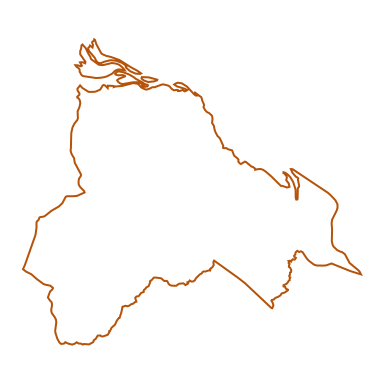 outline of Baribour, Kâmpóng Chhnang, Cambodia
{"feature_id": "14789045B88819802206613", "entity_name": "Baribour", "entity_type": "district", "adm_level": 2, "iso_a3": "KHM", "parent_name": "Cambodia", "parent_adm1": "Kâmpóng Chhnang", "projection": "mercator", "projection_center": [104.462, 12.421], "detail": "fine", "context": "isolated", "style": "outline", "palette": "amber", "viewbox_px": 384, "rotation_deg": 0, "n_neighbors": 0, "source": "geoboundaries", "source_scale": "gbopen_adm2", "svg_char_len": 5805}
<svg xmlns="http://www.w3.org/2000/svg" viewBox="0 0 384 384"><path d="M290.9,169.1L292.3,172.5L293.1,173.5L296.0,176.8L297.7,177.7L298.2,178.3L297.9,179.5L299.2,186.0L299.0,186.8L298.0,187.9L297.8,188.8L297.6,198.9L297.1,199.6L296.2,199.5L295.7,197.6L295.6,189.7L293.2,182.0L290.1,176.9L287.9,174.7L285.3,172.8L283.5,172.2L283.4,173.0L284.6,173.8L286.6,176.3L286.9,177.5L286.2,180.1L288.7,183.4L289.5,186.8L286.9,187.5L282.4,185.9L280.9,185.9L271.4,176.5L266.0,171.8L262.9,169.7L260.5,169.0L258.4,169.1L255.2,169.7L255.4,168.9L253.4,167.2L251.4,166.5L246.0,162.0L244.9,161.6L241.5,163.7L240.7,164.0L240.0,163.6L238.3,161.6L238.5,159.7L237.6,158.5L234.1,155.6L232.1,150.4L227.9,149.2L226.4,148.1L224.1,148.2L223.0,147.8L223.3,145.9L219.8,138.2L217.5,136.0L215.6,132.4L214.8,130.5L213.8,125.6L212.1,123.1L212.5,118.8L212.2,116.3L211.6,115.3L208.9,112.9L207.1,112.2L205.2,110.2L203.5,107.2L204.1,105.1L203.8,104.0L202.4,101.0L201.4,97.3L195.0,92.6L194.7,93.2L195.5,94.2L197.4,95.5L195.9,95.6L194.2,94.4L187.1,86.7L182.0,83.4L178.0,82.7L176.2,83.2L174.2,84.5L177.0,86.4L184.0,88.5L187.4,90.0L186.5,90.6L184.8,91.4L182.5,90.0L179.8,91.0L178.0,91.0L178.0,90.2L176.6,89.9L173.8,90.3L171.5,88.7L169.7,86.5L168.2,85.6L163.6,84.4L162.0,84.5L154.7,87.2L152.1,87.3L150.0,88.5L146.5,89.6L145.3,89.4L142.4,88.1L141.0,87.2L138.8,84.6L137.4,83.7L133.0,83.1L122.4,85.9L115.6,86.5L113.9,87.0L114.1,86.2L113.0,85.9L107.9,85.7L107.7,88.1L105.1,85.5L103.6,85.0L102.7,85.5L100.2,89.6L95.9,91.5L93.8,91.9L89.9,91.9L88.5,91.8L82.4,88.0L80.1,85.4L77.4,88.8L77.7,90.8L79.4,93.2L79.4,94.8L77.2,96.7L77.3,97.6L78.4,98.1L79.7,100.1L80.3,102.9L79.5,106.9L77.6,111.4L77.9,118.3L77.3,120.0L74.5,123.4L72.5,127.5L71.3,132.9L70.9,147.8L70.6,150.7L71.4,153.6L74.1,158.3L74.7,162.6L80.9,174.3L81.0,175.1L80.7,176.2L79.0,178.7L78.5,181.7L78.8,184.8L80.2,187.1L84.1,191.0L84.6,192.5L77.0,195.9L72.6,196.3L67.0,196.2L65.7,196.8L62.4,203.1L59.0,206.4L51.4,210.8L45.2,215.8L43.7,216.6L40.2,217.1L39.4,217.6L38.6,219.8L36.9,221.5L36.5,222.5L36.5,227.7L35.5,234.9L24.9,265.0L23.0,269.2L26.2,271.7L31.3,274.2L36.6,278.9L43.3,283.9L45.1,284.6L50.3,285.7L52.9,287.8L52.9,288.5L51.8,290.0L50.1,291.4L47.9,297.4L49.7,300.2L51.5,302.1L51.9,303.4L52.0,305.2L51.2,310.3L51.7,312.9L54.8,317.3L56.0,319.8L56.3,322.4L55.2,330.6L55.4,332.7L57.3,338.7L59.5,342.6L60.9,343.8L61.9,343.9L64.2,343.5L65.3,342.2L67.9,343.5L72.2,344.6L74.9,343.6L76.7,342.3L78.6,343.5L80.9,343.6L82.9,344.6L83.8,344.0L89.1,344.4L93.0,342.2L93.6,341.4L93.7,340.3L95.7,338.9L97.7,335.6L100.5,335.5L101.3,336.3L102.8,336.5L107.7,334.8L109.1,332.7L109.2,331.2L109.9,331.2L111.6,327.7L115.0,324.7L116.7,320.9L118.8,318.0L119.5,318.0L121.4,312.2L122.5,306.7L123.8,306.5L124.5,306.0L125.8,305.8L127.5,306.3L129.6,305.5L131.0,304.3L133.1,303.7L134.7,302.3L136.4,301.7L135.2,297.9L136.4,296.5L138.4,296.2L138.9,295.9L141.1,292.9L143.7,292.0L143.7,290.5L144.1,289.8L145.4,288.8L146.3,287.4L148.6,286.2L150.2,282.2L150.0,281.4L150.4,280.7L151.2,280.5L152.1,279.6L153.7,277.7L155.2,277.5L161.2,278.3L164.3,281.0L166.7,280.9L167.3,281.3L168.7,284.0L170.1,285.2L171.5,285.6L176.1,285.8L179.0,283.8L183.2,283.3L184.9,284.3L185.4,285.1L187.6,284.0L188.0,283.5L187.5,283.0L187.4,282.2L188.7,282.0L189.7,280.5L191.5,281.6L193.3,281.4L194.8,280.4L195.9,278.3L198.8,275.4L200.1,274.2L201.9,273.3L202.4,272.2L203.8,271.4L205.5,271.5L209.1,270.3L210.1,270.6L210.4,270.0L210.2,268.8L212.2,267.4L213.7,265.2L213.4,261.8L214.1,260.6L237.5,277.4L244.9,283.1L271.4,308.0L272.3,308.2L273.4,305.4L272.7,302.8L271.4,300.7L271.8,300.0L273.9,299.5L275.3,297.9L278.0,296.9L280.4,295.4L281.6,293.5L284.7,292.5L287.9,290.3L288.0,289.7L285.8,288.6L285.2,286.9L283.5,286.4L283.5,285.2L286.5,283.9L288.1,282.0L288.5,281.0L289.7,280.2L289.6,278.9L290.3,277.5L289.4,276.7L289.2,275.8L289.8,275.1L290.0,272.6L291.0,272.1L291.3,270.0L290.1,267.7L288.9,266.9L289.0,265.4L289.6,264.0L288.7,263.3L288.7,262.4L289.3,261.9L288.6,261.0L289.9,260.7L291.1,261.6L291.8,260.2L292.9,259.2L294.1,259.7L295.0,259.4L295.9,257.8L294.3,256.8L294.1,255.8L295.3,254.5L295.6,252.4L297.3,250.8L299.1,252.0L300.9,251.3L302.6,252.2L306.9,258.7L309.5,261.3L314.1,264.7L316.8,265.5L323.4,265.6L326.1,265.4L331.5,263.5L350.4,271.1L361.0,274.4L359.7,271.8L358.5,270.4L349.6,263.0L344.9,254.2L342.1,252.1L339.7,251.4L337.0,250.0L333.3,246.3L332.6,244.7L331.8,241.2L332.1,229.5L331.6,223.6L332.1,219.7L336.5,210.9L337.5,207.9L337.5,204.4L335.5,200.4L330.8,195.3L327.8,192.7L292.6,169.2L290.9,169.1ZM80.7,73.8L81.6,75.1L83.0,76.1L96.0,78.0L100.1,77.8L104.1,77.2L107.1,76.3L112.1,73.7L115.1,70.7L117.6,69.6L119.4,69.4L124.8,70.4L123.8,68.9L120.6,65.8L118.7,64.5L115.6,63.5L111.7,63.0L103.6,65.0L101.5,65.1L98.7,64.7L91.3,59.3L90.8,58.6L90.4,57.0L88.6,54.1L85.6,48.0L82.5,44.5L81.5,45.4L81.1,48.7L80.2,51.1L80.2,54.3L85.5,61.9L85.1,63.3L83.1,62.4L81.6,62.2L80.0,62.4L81.9,65.7L80.9,66.3L77.7,65.3L75.4,65.2L76.4,66.7L79.0,68.5L79.6,69.6L79.7,71.9L80.4,72.7L80.7,73.8ZM101.3,53.4L96.4,44.3L95.0,40.0L94.2,39.4L93.8,40.8L92.3,41.8L92.1,42.5L93.0,45.2L92.5,47.5L90.0,45.5L89.3,47.0L88.2,48.0L88.1,48.8L88.9,50.9L94.7,57.7L96.4,61.1L97.9,62.6L100.5,63.3L104.4,61.7L110.4,60.2L116.0,60.7L121.9,62.8L125.0,64.9L126.3,66.6L125.8,67.0L126.2,67.8L130.3,71.3L135.6,73.6L140.1,73.9L141.1,73.4L137.1,70.6L131.3,67.5L119.4,60.0L111.0,57.0L106.0,55.8L102.6,54.3L101.3,53.4ZM128.9,74.4L123.4,72.3L118.9,71.4L116.8,72.0L115.1,73.8L115.5,74.5L117.9,75.3L122.8,75.1L124.8,75.7L125.0,76.4L118.7,78.9L117.1,80.3L118.2,82.0L120.5,83.6L122.6,84.1L132.8,82.3L137.6,82.2L141.9,83.8L143.8,85.5L141.4,85.1L143.3,86.6L145.2,86.8L147.4,86.4L148.0,85.3L147.0,84.6L144.9,84.2L142.5,82.4L135.9,78.9L133.6,77.1L128.9,74.4ZM148.3,82.0L154.0,81.4L157.1,80.3L157.3,79.7L149.0,77.4L141.9,77.1L141.5,78.3L142.1,79.2L144.4,80.7L148.3,82.0Z" fill="none" stroke="#b45309" stroke-width="2"/></svg>